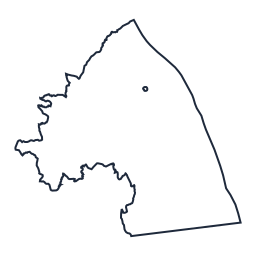 Moba, Katanga, Democratic Republic of the Congo
{"feature_id": "63176286B25314267977171", "entity_name": "Moba", "entity_type": "district", "adm_level": 2, "iso_a3": "COD", "parent_name": "Democratic Republic of the Congo", "parent_adm1": "Katanga", "projection": "natural_earth1", "projection_center": [29.107, -7.404], "detail": "fine", "context": "isolated", "style": "outline", "palette": "slate", "viewbox_px": 256, "rotation_deg": 0, "n_neighbors": 0, "source": "geoboundaries", "source_scale": "gbopen_adm2", "svg_char_len": 5619}
<svg xmlns="http://www.w3.org/2000/svg" viewBox="0 0 256 256"><path d="M40.2,98.0L40.3,98.7L42.4,99.9L44.3,100.3L45.3,101.2L46.1,101.4L47.3,100.7L48.7,100.9L50.1,101.8L50.9,102.9L51.2,103.7L50.5,106.2L49.7,105.8L49.2,106.0L48.8,105.5L48.4,105.6L48.2,106.5L47.3,106.6L46.2,107.3L44.4,107.2L43.9,106.6L43.1,106.8L42.8,106.4L41.4,106.2L41.7,105.5L41.5,105.3L40.8,105.7L40.2,105.5L39.8,105.7L39.0,105.2L38.2,105.5L38.5,107.3L40.0,108.7L42.2,111.2L42.7,112.9L43.2,113.5L45.5,114.4L47.8,116.0L48.1,116.5L48.2,117.3L47.5,120.6L46.7,122.2L46.3,122.1L45.3,123.2L44.9,123.2L44.4,123.6L43.3,123.5L42.5,122.9L42.2,123.0L42.1,123.4L41.7,123.3L41.6,123.8L41.0,123.7L40.5,124.6L38.9,124.3L39.0,124.9L38.8,125.6L39.0,127.8L39.4,128.4L39.4,130.8L40.0,131.6L41.0,134.9L41.2,135.1L42.0,136.9L42.1,139.7L41.2,140.3L39.1,140.7L37.9,139.8L35.3,140.1L34.3,140.8L33.5,140.9L31.6,140.3L30.5,140.4L28.7,141.5L27.2,142.0L24.9,142.0L23.6,141.2L22.8,141.5L22.1,142.1L20.4,140.3L19.2,140.4L17.9,141.3L15.5,147.3L15.4,148.5L15.7,149.7L18.9,150.2L20.4,152.4L21.4,154.3L22.5,155.4L23.4,154.5L23.2,154.1L23.4,153.8L23.8,153.4L24.6,153.4L25.8,152.5L27.0,152.8L27.3,152.3L29.7,151.8L31.0,153.2L31.9,153.8L32.8,153.9L34.2,155.0L34.6,154.9L34.9,155.1L35.5,156.0L35.8,157.3L36.4,157.6L37.7,158.6L37.3,161.0L36.8,162.9L36.7,165.5L38.2,168.2L38.8,170.1L39.4,172.3L39.2,173.4L40.1,174.0L41.0,174.2L42.6,175.0L42.8,176.1L42.3,177.3L40.1,179.7L39.9,181.3L41.3,181.3L42.0,181.6L43.1,181.3L44.5,182.1L45.2,183.0L45.9,183.6L46.5,183.8L48.4,183.8L49.5,185.0L50.7,189.7L51.4,190.3L52.5,190.6L56.2,190.4L57.4,189.8L58.5,188.4L59.0,186.8L59.3,186.6L58.9,186.2L59.1,186.0L59.2,185.6L59.4,185.4L59.6,185.7L60.0,185.4L59.7,185.1L59.7,184.7L59.8,184.7L60.0,184.9L60.3,184.5L60.8,184.4L60.2,184.1L60.5,183.6L60.3,182.8L60.6,182.5L60.5,182.2L60.7,181.7L61.1,181.3L61.2,180.7L61.2,179.8L61.3,179.6L61.2,179.4L61.8,179.0L61.6,178.4L61.8,177.7L62.4,177.5L62.5,176.8L62.7,176.5L63.2,176.3L63.3,175.5L63.6,175.0L63.0,174.3L63.1,173.6L63.7,173.7L66.3,176.2L67.0,176.6L68.6,178.8L69.7,179.1L73.8,178.8L74.8,179.1L74.6,179.9L74.1,181.0L74.5,181.4L75.9,181.2L78.8,179.1L79.7,178.8L80.6,178.7L81.3,178.9L82.4,178.7L82.8,178.3L82.6,177.0L82.4,176.9L82.4,176.4L82.8,176.2L82.6,175.9L82.2,176.1L82.2,175.7L82.4,175.2L83.2,174.6L82.8,174.3L83.0,173.9L82.9,173.6L82.5,173.5L82.5,173.0L82.3,172.9L81.8,172.9L81.6,172.3L81.2,171.9L81.4,171.2L82.4,170.3L82.7,169.6L82.8,169.0L82.1,168.1L81.1,167.7L81.3,166.8L81.4,166.7L82.0,166.8L82.4,166.5L82.6,165.8L82.9,165.8L83.2,166.3L83.7,166.4L83.7,165.6L84.7,165.7L85.6,164.6L86.1,164.6L87.3,166.8L88.3,168.0L91.6,169.2L93.4,167.0L96.9,163.4L97.9,163.3L101.8,164.1L102.9,164.6L103.9,165.8L106.0,166.5L111.4,163.8L111.6,163.8L112.0,164.3L112.6,164.1L113.1,163.4L113.4,163.5L113.8,164.1L114.0,164.8L113.9,165.4L113.5,165.7L113.3,166.2L113.4,167.2L113.8,169.0L114.4,169.9L114.7,169.9L115.2,169.7L115.7,170.4L114.9,172.0L114.8,172.7L116.7,172.0L117.4,172.2L117.6,172.6L117.8,174.2L117.7,176.4L117.8,177.6L118.6,178.9L118.9,179.2L119.5,179.4L120.8,178.9L121.2,178.5L121.4,177.7L122.4,176.7L122.6,176.0L124.4,175.2L124.9,174.6L125.5,173.4L126.0,173.7L126.3,174.5L126.9,175.0L127.4,176.5L130.8,183.4L131.0,185.9L131.5,186.3L131.9,186.4L132.6,186.2L133.5,185.4L134.2,185.2L134.4,185.6L134.5,186.0L133.9,186.5L134.3,187.2L134.4,188.8L134.8,189.8L134.5,191.0L135.0,192.5L134.8,194.0L134.2,195.2L133.9,196.7L133.1,198.6L133.3,199.4L132.8,201.6L132.2,203.1L131.9,203.3L131.3,203.4L130.3,204.2L129.3,204.3L127.9,205.0L127.0,205.1L126.2,206.0L126.0,207.2L127.0,211.4L126.6,212.0L124.8,212.8L123.2,212.7L123.0,211.7L122.1,209.7L121.6,209.8L121.1,213.4L121.0,217.9L121.8,218.9L122.4,221.0L122.8,223.5L124.0,225.1L124.5,229.2L125.1,230.6L126.2,232.2L127.7,233.1L129.6,233.5L130.7,234.5L131.2,236.1L240.6,222.6L238.2,213.4L235.4,204.5L230.5,195.0L226.1,188.3L223.1,175.3L220.2,165.8L214.5,149.7L205.9,129.5L203.7,123.3L201.4,115.7L196.8,108.3L195.0,103.8L193.5,98.6L192.2,95.1L181.4,75.3L179.0,72.0L175.1,67.3L164.8,58.1L157.4,52.0L150.0,44.9L146.7,41.2L142.4,35.2L139.2,29.8L133.8,19.9L130.1,21.5L128.7,23.1L122.9,25.9L120.3,28.5L119.1,29.1L117.6,30.2L117.3,30.2L117.3,31.2L117.1,31.8L116.1,31.8L115.4,32.3L114.7,32.1L112.5,32.4L112.3,31.9L111.8,31.9L111.4,32.7L111.2,32.7L111.0,34.0L110.4,34.4L109.9,35.2L109.2,35.7L108.6,35.8L108.3,36.1L107.8,36.1L107.3,36.5L106.4,38.4L106.6,39.8L106.5,40.0L105.9,40.0L105.5,39.6L105.3,39.6L105.0,39.9L104.7,40.9L104.8,41.7L104.1,42.3L104.0,42.7L103.8,42.9L103.1,43.0L102.9,43.4L102.6,43.5L102.6,43.9L102.8,44.0L102.9,44.3L102.5,45.0L102.9,45.5L102.5,46.0L102.5,46.4L101.5,47.6L101.2,48.2L101.2,49.5L100.0,51.5L99.2,52.0L96.4,52.3L95.9,52.7L94.0,54.7L93.4,55.1L92.9,55.6L91.5,56.3L90.1,58.2L89.3,59.8L87.0,62.2L86.2,64.7L84.5,65.8L83.2,72.3L80.7,75.6L79.5,78.4L78.9,78.8L77.8,77.9L76.8,76.7L73.8,75.8L71.7,75.5L68.1,74.6L66.0,73.8L66.2,75.4L66.8,75.9L66.5,76.4L66.5,76.8L67.4,79.9L67.8,80.9L68.7,81.9L69.7,82.8L69.1,83.8L68.8,85.0L68.9,85.4L68.5,85.5L68.3,85.4L68.0,85.6L67.3,85.5L66.9,85.8L66.5,86.3L66.3,87.1L66.4,89.5L66.1,90.5L66.1,91.0L66.4,91.2L65.6,92.7L65.5,93.9L65.5,94.5L66.2,95.7L66.3,96.4L65.9,97.1L62.7,94.9L57.5,94.8L56.9,95.3L55.6,96.0L54.9,95.9L54.3,95.4L53.5,95.3L52.1,96.1L51.9,95.5L51.6,95.4L51.1,95.8L50.6,95.5L50.1,95.5L49.8,95.1L49.5,95.0L49.3,94.4L48.9,94.2L48.5,94.6L47.4,94.6L46.7,95.2L46.1,95.1L45.6,95.5L44.7,95.6L44.1,96.2L43.9,96.3L43.4,97.4L43.0,97.7L41.9,97.8L41.2,98.4L40.2,98.0ZM147.3,89.6L147.0,90.3L145.9,90.9L144.5,90.8L144.1,90.2L144.0,89.7L143.5,89.4L143.1,88.7L143.5,87.7L144.4,87.1L146.1,87.0L146.7,87.4L147.1,88.0L147.3,88.7L147.3,89.6Z" fill="none" stroke="#1e293b" stroke-width="2"/></svg>